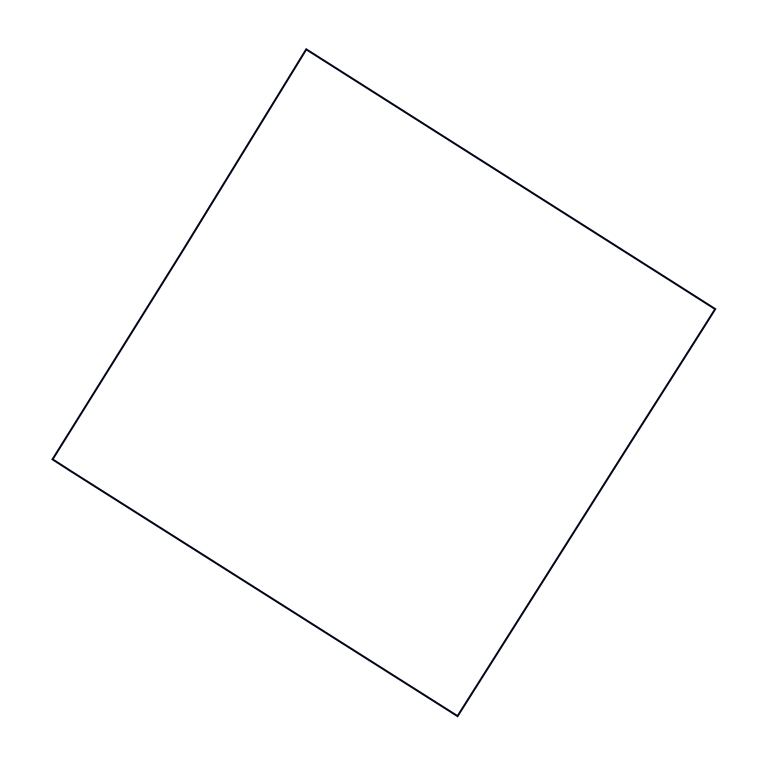 the district of Lawrence, Missouri, United States of America, rotated 211°
{"feature_id": "52423323B4731020405921", "entity_name": "Lawrence", "entity_type": "district", "adm_level": 2, "iso_a3": "USA", "parent_name": "United States of America", "parent_adm1": "Missouri", "projection": "mercator", "projection_center": [-93.833, 37.106], "detail": "fine", "context": "isolated", "style": "outline", "palette": "ink", "viewbox_px": 768, "rotation_deg": 211, "n_neighbors": 0, "source": "geoboundaries", "source_scale": "gbopen_adm2", "svg_char_len": 310}
<svg xmlns="http://www.w3.org/2000/svg" viewBox="0 0 768 768"><g transform="rotate(211 384 384)"><path d="M607.1,148.0L149.9,137.2L142.5,462.7L140.5,540.9L139.1,599.2L138.7,618.8L196.7,620.3L623.0,630.8L623.9,532.9L625.2,395.5L629.3,148.7L607.1,148.0Z" fill="none" stroke="#020617" stroke-width="2"/></g></svg>